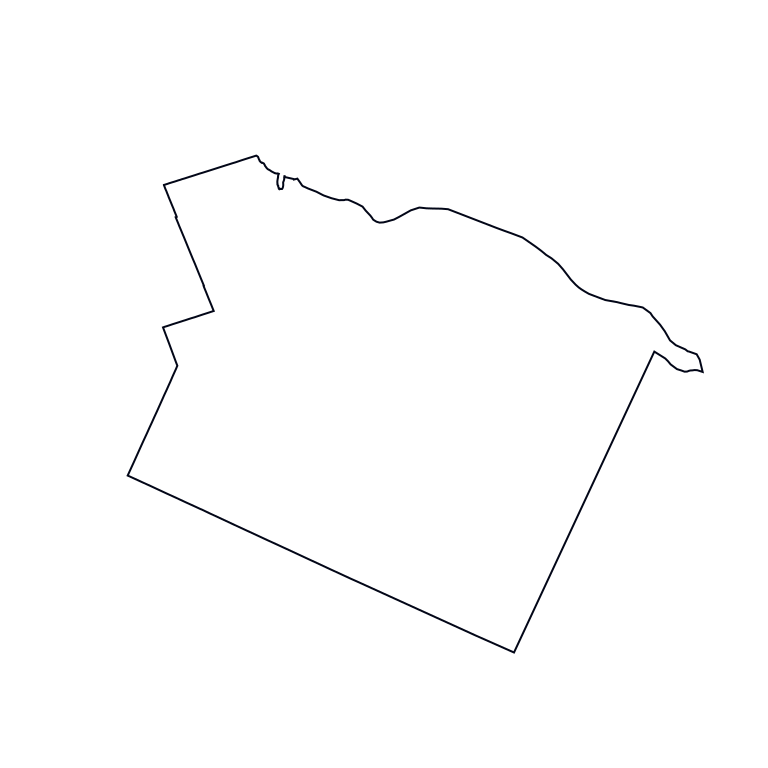 outline of San Fernando, Chaco, Argentina, rotated 295°
{"feature_id": "61730980B8313439795489", "entity_name": "San Fernando", "entity_type": "district", "adm_level": 2, "iso_a3": "ARG", "parent_name": "Argentina", "parent_adm1": "Chaco", "projection": "natural_earth1", "projection_center": [-58.982, -27.701], "detail": "fine", "context": "isolated", "style": "outline", "palette": "ink", "viewbox_px": 768, "rotation_deg": 295, "n_neighbors": 0, "source": "geoboundaries", "source_scale": "gbopen_adm2", "svg_char_len": 5074}
<svg xmlns="http://www.w3.org/2000/svg" viewBox="0 0 768 768"><g transform="rotate(295 384 384)"><path d="M195.6,615.3L527.6,615.3L526.0,628.1L524.7,631.7L522.9,635.5L521.3,643.2L521.9,647.7L522.2,651.2L523.4,653.5L524.8,654.8L525.7,655.9L526.6,657.6L527.9,659.6L528.9,662.1L529.3,665.4L529.6,667.7L539.5,659.8L543.1,654.8L542.3,646.6L542.0,645.4L542.7,642.5L542.5,632.1L544.4,624.8L550.6,616.0L550.9,615.4L554.4,609.2L558.8,598.9L560.9,595.5L562.7,586.2L562.2,583.9L560.6,577.4L559.1,572.5L557.4,564.4L556.7,560.7L553.6,549.0L552.7,537.4L552.3,531.6L552.7,526.9L553.2,522.9L553.8,519.7L555.0,515.7L557.6,509.2L563.6,497.7L566.5,491.1L568.7,482.7L569.5,476.5L571.1,470.4L572.6,463.3L575.3,447.6L574.4,435.8L573.7,428.4L573.0,419.9L569.5,368.2L567.1,361.8L563.5,353.7L561.2,348.3L559.3,342.7L558.8,341.4L552.7,334.9L541.6,326.9L537.2,323.5L535.7,321.7L532.0,317.4L530.2,315.1L528.4,311.8L527.9,308.6L528.2,306.0L528.4,304.7L529.5,303.0L530.8,300.6L533.4,294.1L535.7,289.6L536.0,282.9L535.9,276.2L535.8,273.6L534.8,271.2L533.9,270.3L531.6,265.6L530.2,258.0L529.4,249.9L529.4,248.5L529.7,241.5L529.1,232.6L529.1,228.6L529.0,227.3L529.3,225.9L531.3,222.6L533.5,218.7L533.4,218.6L531.7,216.5L531.8,216.5L529.7,206.8L531.0,205.6L529.9,206.0L529.3,206.2L528.6,206.4L528.1,206.8L527.0,207.1L525.8,207.3L524.9,207.3L523.8,207.5L522.8,208.1L521.5,208.7L520.9,208.9L519.7,209.2L518.4,209.3L517.7,209.2L517.3,208.5L517.2,208.3L517.1,208.0L517.0,207.8L516.8,207.5L516.8,207.1L517.0,207.0L517.1,206.8L517.0,206.7L516.8,206.6L516.5,206.5L516.4,206.5L516.5,206.2L516.8,205.9L517.0,205.8L517.4,205.5L517.5,205.4L517.7,205.2L518.1,204.8L518.2,204.7L518.3,204.6L518.6,204.5L518.6,204.4L518.8,204.2L519.0,204.1L519.2,203.9L519.3,203.9L519.5,203.4L519.6,203.2L519.9,203.1L520.4,202.8L520.6,202.8L520.7,202.7L520.8,202.6L521.1,202.5L521.2,202.4L521.3,202.3L521.6,202.2L521.8,202.1L522.1,201.9L522.5,201.8L522.6,201.7L523.5,201.4L523.8,201.3L524.0,201.3L524.2,201.2L525.0,201.0L525.2,200.9L525.4,200.9L525.6,200.8L525.9,200.8L526.0,200.8L526.1,200.7L526.6,200.5L526.9,200.5L527.0,200.4L527.7,200.1L527.8,200.1L528.0,200.0L528.8,199.9L529.0,199.8L529.4,199.8L529.6,199.8L529.8,199.9L530.0,199.9L530.0,199.7L530.0,199.3L529.9,199.1L529.9,198.9L529.8,198.6L529.7,198.3L529.7,198.1L529.5,197.9L529.3,197.6L529.2,197.4L529.1,196.4L529.1,196.2L528.9,195.8L529.0,195.5L529.0,195.3L529.0,195.1L529.0,194.9L529.0,194.3L529.0,194.2L529.1,193.7L529.1,193.4L529.1,192.6L529.1,192.4L529.1,192.2L529.3,191.4L529.3,191.2L529.4,190.9L529.4,190.7L529.5,190.1L529.5,189.8L529.5,189.7L529.6,189.4L529.5,189.0L529.6,188.1L529.6,187.9L529.7,187.6L529.9,187.1L529.9,186.9L530.0,186.7L530.4,185.9L530.5,185.8L530.5,185.7L531.1,184.7L531.2,184.4L531.3,184.3L531.4,184.1L531.5,183.9L531.9,183.5L532.0,183.4L532.2,183.2L532.3,183.1L532.4,182.8L532.5,182.7L532.7,182.4L532.8,182.3L532.9,182.2L533.0,181.8L533.1,181.7L533.1,181.4L533.1,180.9L533.1,180.7L533.1,180.4L533.1,180.1L533.1,179.9L532.8,179.8L532.8,179.6L532.9,179.3L533.0,178.6L533.0,178.4L533.1,178.2L533.6,177.3L533.6,177.2L533.8,177.0L533.8,176.9L534.1,176.7L534.4,176.2L534.6,176.1L534.8,175.7L535.4,175.1L535.5,175.0L535.6,174.9L535.8,174.7L536.3,174.2L536.5,174.0L536.6,173.9L536.7,173.6L536.8,173.0L536.8,172.9L536.9,172.6L537.0,172.1L537.0,171.7L534.4,168.9L531.5,165.7L526.7,160.5L524.5,158.2L522.2,155.8L519.9,153.2L517.6,150.7L516.6,149.6L515.5,148.4L514.3,147.1L513.1,145.8L510.8,143.3L508.2,140.5L505.9,138.0L503.5,135.4L501.2,132.9L499.0,130.5L496.7,127.9L493.5,124.5L491.2,122.0L489.9,120.6L489.7,120.3L489.0,119.6L487.9,118.4L486.2,116.6L484.2,114.3L483.1,113.2L482.8,112.9L481.7,111.6L479.7,109.5L478.6,108.3L477.2,106.7L476.1,105.5L475.9,105.3L475.8,105.2L475.4,104.7L474.6,103.9L473.7,103.0L473.2,102.4L472.7,101.9L471.8,100.9L471.4,100.4L471.2,100.5L470.9,100.8L470.7,101.1L470.4,101.4L469.7,102.1L469.1,102.7L467.8,104.1L466.7,105.4L465.5,106.6L464.4,107.8L464.1,108.1L462.9,109.4L462.4,109.8L461.9,110.4L457.5,115.2L457.3,115.4L455.1,117.8L454.5,118.5L452.8,120.3L452.7,120.3L450.5,122.7L448.2,125.2L447.9,125.5L447.1,124.7L442.7,129.5L440.7,131.6L438.0,134.6L433.7,139.3L433.0,140.1L422.8,151.1L416.2,158.3L412.9,162.0L406.1,169.3L401.4,174.4L397.0,179.2L396.7,179.0L395.5,180.2L392.1,183.9L387.2,189.1L382.9,193.8L378.2,198.8L373.8,194.1L370.4,190.4L366.7,186.5L364.5,184.2L362.4,181.8L360.1,179.3L357.9,177.0L356.1,175.0L355.6,174.5L353.3,172.0L351.0,169.5L348.9,167.2L346.6,164.8L344.9,163.0L343.2,161.1L342.3,160.2L341.9,159.8L333.5,168.4L329.2,172.8L316.3,185.8L313.2,189.0L311.8,189.0L310.4,189.1L301.4,189.2L295.5,189.4L292.5,189.4L286.6,189.5L280.7,189.5L276.2,189.6L268.8,189.7L263.2,189.8L257.2,189.8L251.2,189.9L245.2,189.9L239.4,190.0L230.7,190.0L221.8,190.1L207.3,190.3L192.7,190.4L192.8,206.6L192.9,215.7L192.9,221.1L192.9,221.7L192.9,221.8L192.9,224.7L192.9,227.6L192.9,233.3L193.0,243.9L193.0,251.2L193.0,254.7L193.1,265.2L193.1,268.6L193.1,270.7L193.2,271.6L193.1,280.5L193.1,308.5L193.2,344.4L193.3,357.0L193.4,413.9L193.5,436.5L193.6,442.2L194.8,573.6L195.6,615.3Z" fill="none" stroke="#020617" stroke-width="2"/></g></svg>